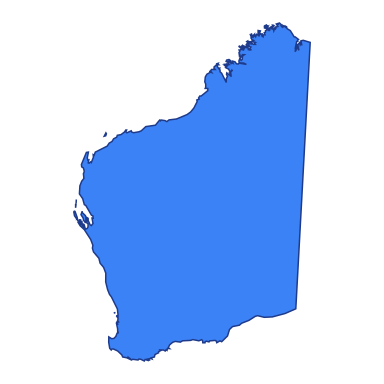 map outline of Western Australia (Albers equal-area conic projection)
{"feature_id": "AUS-2651", "entity_name": "Western Australia", "entity_type": "State", "adm_level": 1, "iso_a3": "AUS", "parent_name": "Australia", "parent_adm1": "", "projection": "albers", "projection_center": [121.445, -24.431], "detail": "fine", "context": "isolated", "style": "filled", "palette": "blue", "viewbox_px": 384, "rotation_deg": 0, "n_neighbors": 0, "source": "natural_earth", "source_scale": "10m", "svg_char_len": 5791}
<svg xmlns="http://www.w3.org/2000/svg" viewBox="0 0 384 384"><path d="M295.8,308.8L285.1,313.5L272.4,316.9L264.2,317.3L257.7,315.7L255.3,316.3L248.9,320.4L241.7,323.2L239.4,325.2L232.5,326.6L229.5,329.5L227.5,336.0L221.7,341.7L219.9,340.9L216.8,342.7L216.3,341.1L215.1,340.4L209.6,340.9L209.0,341.9L206.2,341.2L205.1,341.9L205.0,342.8L202.8,342.8L202.6,340.8L201.7,339.7L198.9,340.8L192.8,339.6L190.6,340.4L182.6,340.8L180.4,342.1L175.2,341.4L172.7,342.3L169.6,344.9L168.3,347.6L169.5,348.6L167.5,348.5L167.0,350.4L166.1,349.7L165.2,351.0L163.7,350.1L160.1,349.9L160.7,350.6L158.6,351.6L158.6,352.8L155.0,354.5L154.4,357.0L151.3,357.8L151.9,358.9L150.6,358.4L147.1,359.2L149.3,360.1L148.4,360.6L145.1,359.5L144.3,361.0L140.6,359.2L138.7,359.1L138.1,360.0L132.7,359.3L131.5,360.0L128.3,358.5L129.7,358.3L128.1,357.1L128.0,358.0L122.7,357.0L121.8,354.9L117.7,351.0L113.4,349.0L112.0,349.0L111.2,350.0L109.7,348.3L108.7,342.2L108.8,336.9L111.7,338.7L113.9,338.4L115.8,336.5L117.1,333.2L118.1,333.0L118.2,332.6L118.0,331.4L117.7,332.9L117.6,328.7L116.4,323.0L117.6,320.7L116.9,323.0L118.0,324.9L117.1,322.5L118.6,322.0L117.8,321.0L118.0,317.8L117.1,316.9L117.9,316.7L118.1,315.5L117.4,309.0L111.4,296.9L109.5,294.4L107.6,289.6L105.7,281.9L105.8,273.2L103.6,267.4L100.1,263.2L98.9,258.3L93.5,251.9L92.4,248.1L92.9,245.3L90.7,239.5L84.3,229.6L80.1,225.7L77.7,221.7L79.5,222.9L79.7,219.1L80.2,223.5L81.1,225.2L80.5,219.3L81.1,221.9L81.9,221.6L82.6,226.6L83.3,223.5L83.8,227.9L84.5,225.9L85.4,229.2L87.3,228.3L88.0,227.0L88.1,224.1L86.6,222.6L85.2,222.4L83.6,220.3L83.1,218.0L81.0,214.7L82.2,211.2L82.3,212.6L85.4,215.6L85.9,217.0L85.8,221.9L86.7,222.0L87.4,220.6L87.3,217.8L88.1,218.3L88.2,220.6L90.1,224.8L91.3,225.6L93.0,223.5L92.0,218.1L93.2,218.2L92.9,215.9L91.4,215.1L85.9,205.6L84.3,204.6L82.7,198.7L79.4,193.9L79.9,185.8L81.7,181.2L83.9,178.4L83.4,173.7L84.2,171.9L84.0,170.0L83.2,167.7L81.7,166.9L81.4,164.5L86.4,152.4L88.4,152.1L87.3,157.8L87.9,160.2L88.8,159.9L88.2,162.9L89.1,163.2L90.6,161.9L91.3,162.6L93.4,157.3L93.2,154.7L94.1,155.3L95.3,152.1L107.2,146.1L109.2,143.1L112.0,141.5L113.6,138.8L116.7,137.2L117.3,135.3L121.0,134.6L124.5,132.0L125.8,130.0L126.6,130.0L125.8,131.9L126.9,132.8L131.2,130.8L131.6,132.0L133.6,132.7L138.9,131.8L141.3,130.8L145.8,126.6L155.4,125.2L159.6,120.1L160.5,120.8L161.0,120.0L165.0,120.6L166.9,121.6L169.0,119.9L176.4,119.0L187.0,114.6L190.6,112.0L193.9,108.0L197.2,101.5L196.8,100.0L199.1,99.1L198.6,97.9L199.8,96.0L201.2,96.0L207.8,90.6L207.8,88.5L205.2,88.4L205.7,87.3L205.7,84.1L204.8,81.8L205.3,77.0L206.8,74.3L209.9,72.5L209.8,71.7L211.7,72.5L210.6,70.8L211.5,69.5L215.1,69.5L214.0,68.3L214.2,66.7L216.2,65.3L216.6,63.8L218.2,63.3L217.9,63.9L218.7,64.7L217.7,64.7L217.3,66.4L218.5,68.2L219.8,68.1L219.3,69.4L220.1,70.0L220.0,71.7L221.7,73.3L226.3,82.5L226.3,78.8L227.5,76.1L226.5,74.6L226.8,72.9L231.5,76.6L229.8,73.2L230.8,73.6L230.5,72.3L232.2,70.5L231.9,70.1L231.5,71.0L229.8,71.4L228.6,69.1L225.6,67.6L227.1,66.0L225.6,66.3L224.3,65.1L225.3,65.2L225.0,64.6L227.6,65.7L226.8,65.3L227.8,65.0L225.6,63.8L228.7,64.2L227.5,63.1L228.7,63.4L228.7,62.6L226.1,61.5L226.6,60.1L229.0,59.5L230.2,60.4L229.6,60.6L230.3,61.3L229.1,61.5L231.0,62.6L231.0,64.2L231.4,62.8L233.0,63.4L232.4,62.1L232.9,61.9L231.8,60.9L235.0,61.8L236.5,63.8L238.3,64.0L239.0,63.1L246.4,64.4L243.7,63.1L239.2,62.8L238.9,61.0L239.8,58.5L241.1,60.4L242.2,59.5L242.5,56.1L244.4,54.7L242.5,54.6L240.6,57.6L239.9,54.9L239.4,55.6L239.0,52.5L239.8,51.6L239.1,50.1L240.2,50.1L240.6,49.2L243.0,49.9L243.1,48.5L243.8,49.4L244.6,47.6L243.6,47.5L243.6,45.9L245.0,46.5L244.7,47.2L245.6,46.6L246.0,47.6L247.5,47.7L248.5,48.7L248.3,49.6L249.4,49.9L249.6,49.2L251.4,50.3L249.8,48.7L250.9,47.0L249.3,46.5L247.4,47.4L246.9,46.7L249.6,44.6L246.7,46.0L246.2,44.6L247.0,43.7L248.3,44.2L249.1,43.7L248.8,41.6L250.1,41.7L249.7,42.6L250.7,42.7L251.3,44.7L251.0,42.6L251.3,42.3L253.2,44.4L255.4,44.4L254.4,43.0L255.4,42.4L251.7,41.3L253.6,40.4L252.0,39.7L251.0,38.0L253.6,36.5L252.6,36.1L254.4,34.3L254.2,36.0L255.0,35.0L255.7,36.6L256.6,34.3L258.1,35.2L258.1,30.5L260.4,30.9L260.0,31.9L259.2,31.9L259.5,34.6L258.8,36.6L260.3,32.9L260.3,34.1L262.1,33.9L261.8,35.9L263.1,36.8L263.2,34.9L265.0,34.8L264.2,32.8L265.4,32.3L265.5,30.6L266.8,30.0L266.7,28.4L264.5,28.0L264.4,26.7L266.1,27.3L265.0,25.6L266.2,25.1L266.1,25.7L267.0,25.7L266.4,27.2L268.1,26.3L267.2,28.3L267.9,28.2L267.5,29.4L269.0,30.6L269.9,29.9L269.1,29.1L269.7,27.9L271.4,26.6L273.5,26.2L271.6,28.3L272.8,28.3L272.2,28.9L273.4,29.3L273.8,30.8L274.7,28.2L275.3,29.1L275.9,28.4L275.6,27.0L277.9,26.5L276.3,24.0L277.4,23.7L277.8,24.5L278.3,24.2L277.9,23.5L279.5,23.0L281.3,24.7L281.0,25.7L282.1,27.0L282.7,25.6L283.2,26.7L283.8,25.9L285.3,27.0L285.3,26.1L286.6,26.8L287.0,28.6L290.3,30.6L294.3,37.0L295.2,36.9L298.5,39.4L297.7,40.0L297.9,41.2L296.7,41.5L295.2,48.4L295.6,50.1L294.8,51.6L296.0,50.5L296.6,46.7L298.9,50.3L297.8,44.8L299.7,42.5L300.1,44.6L300.4,43.8L301.2,44.7L301.7,44.7L301.0,40.8L303.2,40.3L310.2,42.4L295.8,308.8ZM77.3,218.4L78.4,221.4L74.5,215.8L73.8,211.9L74.3,211.2L75.0,211.4L77.2,217.5L76.9,218.7L77.3,218.4ZM106.4,133.8L105.7,135.8L104.2,136.2L105.9,132.9L106.4,133.8ZM242.2,47.1L243.3,48.1L241.5,48.8L242.3,47.8L240.4,47.5L242.1,45.7L242.2,47.1ZM251.4,33.4L252.1,35.8L251.1,36.6L250.5,35.0L251.1,35.2L251.4,33.4ZM300.3,41.9L301.5,44.7L300.3,43.3L300.3,41.9ZM296.8,44.4L297.7,45.9L297.5,46.9L296.6,45.9L296.8,44.4ZM75.6,207.8L75.6,204.4L76.1,203.6L75.6,207.8ZM76.2,201.7L76.1,203.3L76.3,199.5L76.2,201.7ZM239.6,46.1L240.0,46.7L238.5,46.6L239.6,46.1ZM247.7,41.0L247.7,42.5L246.7,41.6L247.7,41.0ZM272.5,25.1L273.3,25.2L274.2,25.6L272.7,25.6L272.5,25.1ZM113.8,313.1L114.9,312.6L115.3,312.7L113.8,313.1ZM116.8,315.0L117.1,316.0L117.2,316.4L116.9,316.3L116.8,315.0Z" fill="#3b82f6" stroke="#1e3a8a" stroke-width="1.5"/></svg>